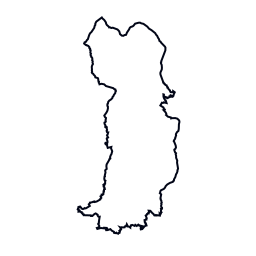 the district of Novaci, Gorj, Romania, rotated 8°
{"feature_id": "2599482B17328442784912", "entity_name": "Novaci", "entity_type": "district", "adm_level": 2, "iso_a3": "ROU", "parent_name": "Romania", "parent_adm1": "Gorj", "projection": "equal_earth", "projection_center": [23.644, 45.237], "detail": "fine", "context": "isolated", "style": "outline", "palette": "ink", "viewbox_px": 256, "rotation_deg": 8, "n_neighbors": 0, "source": "geoboundaries", "source_scale": "gbopen_adm2", "svg_char_len": 5896}
<svg xmlns="http://www.w3.org/2000/svg" viewBox="0 0 256 256"><g transform="rotate(8 128 128)"><path d="M131.2,233.7L133.0,234.0L133.3,233.1L134.2,233.0L134.4,231.5L133.9,231.0L134.5,230.6L134.8,230.1L134.6,229.8L135.2,229.3L134.7,228.6L134.9,228.3L134.0,227.4L134.9,227.6L135.3,227.2L136.9,227.2L137.1,227.0L138.5,226.8L138.8,225.7L139.9,225.2L140.2,223.5L140.7,224.2L141.2,225.6L142.4,225.4L144.1,226.3L144.0,225.6L144.5,224.7L144.5,223.9L145.7,223.4L148.2,224.0L148.7,222.9L150.3,223.8L151.6,222.3L152.6,223.1L153.1,222.8L154.4,224.0L155.0,225.2L154.5,225.6L154.8,226.6L156.2,226.1L157.5,224.0L156.1,223.5L155.9,223.2L157.8,223.4L158.9,222.4L159.8,222.0L159.1,221.1L159.4,220.8L159.3,220.6L158.5,219.4L158.2,219.6L157.7,218.9L157.2,216.9L159.0,216.1L158.7,215.2L159.1,214.7L157.7,212.2L159.0,211.0L158.7,209.7L158.9,210.0L160.3,209.7L160.0,209.0L160.7,208.4L160.0,207.0L161.7,206.9L164.3,209.2L165.0,209.4L166.3,210.9L168.2,210.7L168.1,210.3L171.7,210.3L171.3,208.4L172.1,209.0L172.4,208.1L172.1,207.8L172.9,206.8L172.2,206.1L172.1,204.4L172.4,204.0L172.0,203.4L172.9,203.0L172.9,202.7L172.8,202.2L172.0,201.7L171.6,200.5L171.8,198.8L171.4,198.1L171.8,197.2L171.4,196.6L171.2,195.5L170.3,194.4L170.4,193.9L169.9,193.1L170.1,189.1L168.6,188.1L168.9,187.2L168.8,186.1L169.3,185.1L171.9,183.4L173.0,181.8L173.3,180.5L174.7,178.5L177.2,176.5L179.9,175.1L180.0,174.5L180.6,174.1L180.8,173.4L180.7,172.5L181.7,169.9L182.0,167.3L182.7,165.6L183.0,163.9L182.8,162.9L183.0,162.6L183.2,161.2L181.4,155.5L181.3,153.4L179.8,150.8L179.5,148.8L178.8,147.2L179.1,146.3L178.0,145.5L177.0,143.6L176.9,142.9L177.8,142.0L178.2,140.5L177.6,138.6L175.7,135.3L175.1,134.7L175.2,134.0L176.2,131.9L176.1,131.0L176.4,130.3L176.4,129.5L176.7,128.8L176.3,127.7L176.4,127.0L177.2,125.1L178.3,123.9L178.4,121.8L177.9,117.2L178.1,114.8L177.6,113.4L175.6,111.9L173.4,111.6L169.9,112.2L169.4,112.5L169.0,111.6L165.9,111.2L165.2,110.7L164.0,109.9L164.2,109.7L164.1,108.9L163.2,107.4L161.3,105.8L161.6,105.8L161.9,104.6L160.7,103.9L160.5,103.1L160.2,102.7L156.9,101.2L158.1,98.2L158.9,98.3L159.9,98.0L160.0,97.6L162.7,97.9L161.5,95.4L161.0,95.4L159.5,93.5L158.8,92.1L158.4,89.8L158.9,89.9L159.0,91.2L160.2,92.6L160.9,92.5L160.2,92.2L160.2,91.9L161.2,92.1L161.3,92.6L162.4,92.8L162.3,92.4L162.6,92.3L163.4,92.6L164.5,91.8L164.6,91.0L165.1,91.1L165.0,90.6L165.7,90.2L165.7,89.7L166.7,89.9L167.2,91.0L167.8,90.9L168.5,89.9L168.6,88.4L169.3,86.1L167.6,85.2L167.7,86.0L167.3,86.4L165.2,86.5L164.7,86.0L164.3,84.9L162.9,84.0L161.8,82.3L161.4,82.5L160.3,80.4L159.4,80.3L158.2,79.2L158.0,79.4L157.6,79.0L156.8,77.9L156.5,78.0L156.1,76.9L152.8,70.7L152.5,69.8L152.4,68.5L153.3,65.3L153.2,63.6L152.6,60.9L151.7,59.5L151.5,58.7L151.8,57.9L151.6,57.4L154.2,45.9L153.9,43.2L153.3,42.3L148.7,38.7L148.3,38.0L147.0,37.4L146.3,35.7L145.2,34.5L144.0,32.6L142.8,31.7L141.8,30.3L137.6,27.8L135.0,26.7L133.0,24.9L128.8,22.7L126.5,22.5L125.3,22.0L123.8,22.3L120.5,23.7L119.2,26.0L118.3,26.8L116.8,27.5L115.9,28.4L115.3,30.3L113.7,33.6L113.1,36.0L111.5,36.5L110.7,37.3L109.1,37.4L107.1,36.2L105.9,33.5L103.9,31.9L99.0,30.8L97.5,31.3L96.2,30.8L95.3,31.0L95.1,30.5L92.7,28.9L91.8,27.7L91.4,26.5L89.4,24.3L87.5,23.1L86.7,22.2L81.8,27.1L81.1,29.2L81.3,30.5L80.8,31.4L80.6,33.6L78.3,38.3L77.5,39.1L77.1,39.9L76.6,41.5L75.9,45.7L75.1,46.6L74.3,48.5L73.1,49.2L72.8,50.5L74.8,51.7L75.5,51.6L75.9,52.0L77.2,52.2L78.4,53.2L78.5,54.1L79.4,54.6L79.7,55.3L79.5,55.9L80.2,56.4L80.2,58.7L81.0,59.6L80.7,60.5L81.0,61.5L81.7,62.1L81.7,62.7L82.8,63.6L83.2,65.0L83.0,65.8L83.8,66.8L83.7,68.0L84.4,69.5L83.8,70.9L83.6,72.5L84.2,75.1L84.1,75.8L84.6,77.0L84.4,78.0L85.0,78.8L86.0,79.1L86.6,80.0L87.8,80.8L88.4,81.6L88.6,82.4L91.2,82.8L91.6,83.4L92.2,85.8L92.8,86.1L92.7,87.2L93.4,87.9L93.7,88.7L95.6,87.9L98.4,88.1L100.3,89.5L107.9,90.6L109.0,91.4L110.1,91.6L110.3,92.5L110.7,92.6L110.9,93.1L110.5,94.0L110.5,95.2L109.4,97.2L109.1,98.5L108.4,99.4L108.3,100.6L107.2,102.1L105.7,103.4L104.8,104.8L104.7,106.7L104.3,107.1L104.3,107.6L104.5,109.0L105.1,109.5L105.4,111.4L105.2,113.7L104.5,115.7L102.8,119.0L103.6,120.3L104.8,121.1L104.8,122.4L104.6,123.3L105.1,124.5L104.9,125.2L104.0,125.8L103.9,126.2L104.3,127.3L105.1,128.2L105.4,130.3L105.7,130.4L106.3,129.7L106.9,130.1L107.0,131.5L107.6,132.9L107.2,133.7L107.7,134.9L108.2,135.2L109.0,135.1L108.7,137.2L108.2,138.1L109.6,140.2L108.5,141.0L108.4,141.6L109.5,143.9L109.7,145.0L109.3,145.8L108.4,145.6L107.8,145.8L107.7,146.7L108.5,147.4L109.6,147.1L109.7,148.3L110.7,150.5L114.1,149.1L114.0,150.4L115.6,153.2L115.2,156.4L114.7,157.3L114.3,159.3L114.7,160.5L114.4,160.7L114.5,161.0L113.8,161.6L113.8,162.3L111.9,167.0L111.9,168.8L112.6,171.5L111.5,172.7L111.3,173.3L111.9,175.2L111.6,178.2L111.9,179.1L111.5,179.5L111.6,181.7L112.1,182.9L113.0,183.3L112.8,184.3L113.1,186.2L112.4,186.7L112.6,187.2L112.2,187.4L112.6,187.6L112.3,188.5L111.8,188.8L112.1,189.6L112.9,190.0L113.5,191.5L112.9,191.6L112.8,191.9L113.0,194.1L112.6,194.1L112.6,194.4L112.8,196.9L111.4,197.5L111.9,198.0L110.3,199.5L111.3,200.9L110.2,202.4L110.4,202.7L107.3,205.1L105.2,206.0L104.8,206.0L104.7,205.5L104.1,205.7L102.6,206.6L100.7,207.2L100.8,207.7L99.8,209.0L101.0,210.5L97.6,213.3L96.5,213.7L96.2,213.4L94.8,214.5L94.3,214.5L93.2,214.2L92.7,213.4L91.5,212.5L91.2,213.0L90.4,212.9L89.8,213.3L90.3,215.2L88.8,215.3L91.4,216.4L91.3,216.9L90.5,217.1L90.6,217.7L91.9,217.0L92.2,217.6L93.7,217.8L93.6,218.2L94.0,218.6L94.9,218.7L95.2,219.7L96.3,219.8L96.4,220.5L103.3,219.7L104.0,219.8L103.9,220.2L104.9,220.1L106.8,217.8L107.9,217.1L110.0,218.1L110.0,218.8L110.9,219.8L111.5,220.0L112.3,219.8L112.2,224.7L112.4,225.1L112.2,225.7L112.4,226.3L111.8,227.2L112.9,228.4L113.3,229.3L112.7,230.5L111.1,231.3L111.7,232.2L115.0,230.8L118.2,230.7L118.2,230.1L120.9,229.9L121.3,230.4L120.3,231.6L120.6,232.2L122.1,231.9L124.6,230.6L126.4,232.0L128.5,232.7L128.7,233.7L130.0,233.9L130.9,233.3L131.2,233.7Z" fill="none" stroke="#020617" stroke-width="2"/></g></svg>